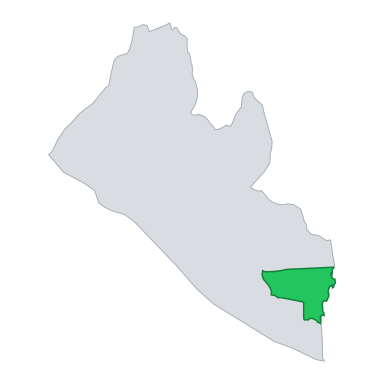 River Gee highlighted on a map of Liberia
{"feature_id": "LBR-1458", "entity_name": "River Gee", "entity_type": "County", "adm_level": 1, "iso_a3": "LBR", "parent_name": "Liberia", "parent_adm1": "", "projection": "natural_earth1", "projection_center": [-7.733, 5.165], "detail": "fine", "context": "in_parent", "style": "filled", "palette": "green", "viewbox_px": 384, "rotation_deg": 0, "n_neighbors": 0, "source": "natural_earth", "source_scale": "10m", "svg_char_len": 3459}
<svg xmlns="http://www.w3.org/2000/svg" viewBox="0 0 384 384"><path d="M48.7,154.7L52.4,151.1L57.8,139.5L65.4,128.4L72.5,121.8L78.1,115.0L84.1,109.8L92.6,103.7L105.6,87.7L108.7,85.9L110.8,74.8L114.0,60.7L117.8,56.3L126.6,53.7L128.7,51.3L131.9,41.4L133.9,29.8L134.1,27.3L137.6,27.0L143.5,24.5L147.0,25.6L148.5,28.9L149.3,31.7L167.3,24.5L168.9,23.0L169.9,23.3L172.1,29.8L173.4,29.4L174.5,27.5L175.7,27.3L177.2,28.2L178.6,31.2L180.9,34.0L184.8,35.9L187.2,38.5L187.0,45.5L187.9,52.2L189.6,53.8L190.5,57.8L190.9,62.3L191.9,64.6L192.5,69.0L192.2,73.8L192.9,77.2L195.8,83.0L197.5,90.4L197.6,95.6L196.5,101.0L194.6,106.0L191.2,111.5L190.9,113.6L192.9,115.0L196.0,115.3L198.5,114.2L204.9,116.7L208.2,120.3L211.2,124.7L213.8,127.0L215.0,129.8L219.6,129.0L224.8,126.3L225.9,125.0L227.5,125.7L230.9,126.0L233.2,121.1L235.2,115.5L239.3,109.5L241.3,107.2L241.8,103.3L242.0,98.3L243.5,94.0L246.9,91.6L250.5,91.7L252.5,92.5L253.5,96.7L256.4,99.9L258.9,102.1L260.3,103.0L262.4,105.5L264.3,113.9L272.1,141.2L271.7,148.7L270.2,153.6L270.1,158.5L269.6,163.2L264.8,171.0L250.7,186.9L251.8,188.3L255.2,190.1L258.6,191.1L261.4,190.6L265.0,194.6L268.7,199.6L272.8,202.2L278.6,204.4L283.6,204.7L288.0,203.8L294.0,204.8L300.5,209.0L302.8,215.8L304.4,221.7L306.6,224.8L306.9,229.9L311.5,234.4L318.1,235.4L326.6,240.7L328.8,240.4L329.7,239.7L330.7,240.7L332.9,256.1L334.5,264.2L333.7,267.5L332.5,270.0L332.5,282.4L328.6,289.5L328.0,297.3L326.9,299.9L322.8,302.1L322.7,308.1L321.6,315.3L321.2,323.0L322.4,343.1L322.6,358.1L324.4,361.0L316.4,359.7L292.9,348.3L274.7,341.7L213.9,304.2L197.0,289.2L177.5,266.8L134.3,221.6L124.4,214.4L112.0,210.9L104.3,207.0L98.8,202.9L94.5,190.4L83.6,182.9L63.7,172.4L48.7,154.7Z" fill="#d9dde1" stroke="#a8b0b8" stroke-width="1"/><path d="M333.8,267.2L334.0,267.3L333.6,268.0L332.8,268.7L332.3,269.9L332.3,273.0L332.0,273.8L331.0,273.2L331.0,274.5L331.3,275.9L331.8,277.3L332.5,278.4L333.5,279.1L334.2,278.9L334.7,279.0L335.1,280.6L335.3,282.1L335.2,283.0L334.8,283.9L334.0,285.2L333.8,285.8L333.6,287.1L333.2,287.6L332.5,287.9L332.4,287.6L332.4,287.0L332.2,286.5L332.1,286.1L332.4,285.7L332.5,285.4L331.7,285.2L331.6,285.4L329.8,286.5L329.3,287.3L329.0,288.0L328.2,290.7L328.8,294.5L328.7,295.8L328.3,297.3L326.5,301.2L325.5,300.8L324.3,300.7L323.2,301.3L322.3,302.8L322.1,304.2L322.7,308.9L322.6,310.6L323.1,311.7L323.7,312.8L324.1,314.3L324.1,315.6L323.8,315.5L323.3,315.1L322.3,314.9L320.2,316.9L320.2,317.7L320.7,320.1L320.6,321.1L320.2,322.7L320.2,323.4L319.9,323.1L319.4,322.8L318.0,322.4L317.6,322.2L317.3,321.9L316.7,320.6L316.5,320.3L316.1,320.0L315.5,319.8L314.6,319.7L312.5,318.4L311.9,318.2L311.5,318.2L311.3,318.4L311.1,318.5L310.9,318.5L310.6,318.5L310.3,318.4L310.1,318.3L309.8,318.4L309.6,318.6L308.9,319.4L308.3,319.8L308.0,319.9L307.7,320.0L307.3,319.9L306.6,319.7L306.3,319.7L305.8,319.8L305.6,319.9L305.2,319.8L304.8,319.8L304.5,319.9L304.3,319.8L304.1,319.6L303.9,318.9L303.7,317.7L303.7,317.4L303.7,317.1L303.7,316.8L303.8,316.5L303.8,316.3L303.8,316.0L303.7,315.6L303.6,315.0L303.7,303.4L303.6,302.9L303.4,302.6L303.1,302.2L302.8,302.0L302.3,301.8L291.0,299.5L281.3,297.7L279.0,297.5L278.5,297.8L278.2,297.8L277.8,297.6L275.3,295.7L274.3,295.4L271.2,294.9L271.4,292.3L271.3,291.1L271.0,289.8L270.7,289.1L268.6,285.4L263.7,279.5L263.3,279.0L262.9,278.0L262.4,275.9L262.1,274.7L262.2,273.6L262.7,270.7L265.2,271.8L272.8,271.6L282.0,270.5L286.5,269.4L333.8,267.2L333.8,267.2Z" fill="#22c55e" stroke="#15803d" stroke-width="1.5"/></svg>